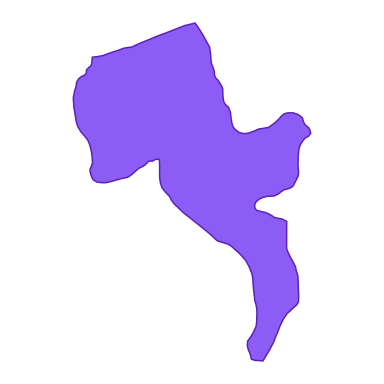 the district of Offouè-Onoyè, Ogooué-Lolo, Gabon
{"feature_id": "22940354B26580795617541", "entity_name": "Offouè-Onoyè", "entity_type": "district", "adm_level": 2, "iso_a3": "GAB", "parent_name": "Gabon", "parent_adm1": "Ogooué-Lolo", "projection": "albers", "projection_center": [11.91, -1.081], "detail": "fine", "context": "isolated", "style": "filled", "palette": "violet", "viewbox_px": 384, "rotation_deg": 0, "n_neighbors": 0, "source": "geoboundaries", "source_scale": "gbopen_adm2", "svg_char_len": 2655}
<svg xmlns="http://www.w3.org/2000/svg" viewBox="0 0 384 384"><path d="M92.3,57.2L92.2,58.4L91.9,62.5L91.1,65.7L88.9,67.4L86.5,69.9L86.3,72.8L84.8,75.1L81.8,76.3L78.8,78.6L76.6,82.3L76.1,86.3L74.6,91.2L73.3,97.6L73.8,106.6L76.2,121.4L77.6,126.2L80.8,131.7L84.4,135.8L87.7,140.0L89.7,144.7L91.4,151.3L92.3,158.2L92.5,162.9L91.4,166.4L90.1,168.9L90.0,171.0L90.8,174.5L92.5,178.8L94.4,180.7L97.0,182.1L101.3,182.7L105.6,182.7L110.2,181.7L115.0,180.4L120.1,178.9L125.3,177.8L128.5,176.9L131.8,174.5L138.8,168.3L142.8,166.5L145.6,164.4L148.9,161.1L152.5,161.1L154.5,159.9L156.4,159.1L159.1,159.4L159.5,161.8L159.6,165.9L159.6,170.8L159.6,177.2L160.4,183.0L162.1,187.8L165.2,191.9L169.8,196.7L171.5,200.3L174.1,203.8L183.4,212.7L198.8,224.9L208.9,233.1L217.0,240.6L220.6,241.9L224.4,243.0L228.2,244.2L231.2,246.1L234.2,248.8L237.9,252.0L241.4,255.5L245.6,260.3L248.9,266.3L251.8,273.3L252.9,278.6L253.0,283.3L253.5,288.6L254.4,296.7L254.8,300.9L256.0,304.5L256.8,309.1L256.9,313.9L256.7,321.6L256.1,326.3L254.5,329.9L253.3,332.5L251.5,335.5L250.2,337.6L247.8,340.8L247.3,344.0L247.5,346.9L248.6,350.5L249.8,353.1L250.8,356.5L251.4,359.1L251.7,359.3L255.0,360.4L259.1,360.6L262.9,361.0L269.8,349.5L273.7,342.0L275.6,336.9L278.0,331.4L280.1,325.7L283.4,319.0L287.2,313.5L292.9,308.3L296.8,304.8L298.4,301.9L298.7,297.0L298.4,288.8L298.2,281.6L297.8,275.5L296.2,270.4L295.4,266.5L293.3,262.4L290.4,257.2L288.4,253.1L286.8,249.1L286.6,246.2L286.7,221.4L284.9,220.4L281.5,218.8L278.7,218.4L274.6,217.6L271.9,215.7L268.9,214.0L265.8,212.6L260.7,211.4L256.9,210.5L255.1,208.5L254.6,205.1L255.9,202.0L259.1,199.2L262.4,197.7L266.7,196.4L273.8,196.0L278.1,194.2L281.0,191.8L284.1,189.8L287.6,188.9L290.6,187.9L293.0,186.2L295.6,181.2L298.2,175.9L298.6,172.4L298.0,165.0L298.3,154.8L299.1,148.3L300.5,144.5L302.6,141.2L305.3,137.8L308.2,136.5L310.7,133.4L309.9,130.0L308.9,127.9L306.8,126.2L304.7,124.3L303.0,120.5L302.7,118.3L300.5,116.1L297.7,114.4L293.4,112.9L289.7,112.8L286.2,113.1L283.7,114.2L281.4,116.1L279.1,118.8L275.0,122.7L268.6,127.4L262.3,128.5L258.5,129.1L255.8,130.4L252.4,131.7L249.4,132.8L245.4,133.6L241.3,133.2L238.6,132.1L235.2,129.5L232.9,126.5L231.7,122.3L230.8,116.2L230.5,112.7L228.6,107.3L225.3,104.4L223.8,101.8L223.1,98.2L222.8,93.2L222.7,88.6L221.4,85.6L219.7,82.9L217.9,80.0L215.7,78.0L214.6,75.4L214.3,71.4L213.0,67.4L211.5,63.5L210.9,59.1L210.6,53.9L209.6,47.1L206.2,41.0L203.3,35.6L200.5,31.1L197.6,26.5L195.0,23.0L194.6,23.2L184.7,25.6L176.4,28.8L165.8,33.0L158.3,35.7L146.5,40.6L139.1,43.6L132.1,46.9L124.2,48.1L117.1,50.7L112.1,52.2L107.1,54.0L102.9,55.6L98.1,56.5L92.3,57.2Z" fill="#8b5cf6" stroke="#5b21b6" stroke-width="1.5"/></svg>